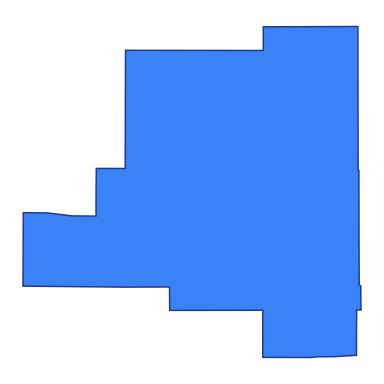 Lincoln, New Mexico, United States of America (Albers equal-area conic projection)
{"feature_id": "52423323B6872009723033", "entity_name": "Lincoln", "entity_type": "district", "adm_level": 2, "iso_a3": "USA", "parent_name": "United States of America", "parent_adm1": "New Mexico", "projection": "albers", "projection_center": [-105.442, 33.739], "detail": "fine", "context": "isolated", "style": "filled", "palette": "blue", "viewbox_px": 384, "rotation_deg": 0, "n_neighbors": 0, "source": "geoboundaries", "source_scale": "gbopen_adm2", "svg_char_len": 561}
<svg xmlns="http://www.w3.org/2000/svg" viewBox="0 0 384 384"><path d="M357.9,26.5L263.3,26.8L263.3,50.5L125.5,50.3L125.2,168.5L96.3,168.4L96.1,189.3L96.0,216.1L72.1,215.9L47.2,212.9L23.3,212.7L23.1,261.9L23.0,286.2L29.0,286.2L123.1,287.1L168.0,287.0L169.5,287.0L169.7,310.4L248.0,310.3L262.7,310.2L262.8,357.4L310.3,357.5L318.0,356.8L333.6,356.7L356.5,355.3L356.5,333.0L356.7,309.9L361.0,309.9L360.8,298.6L360.8,286.1L359.2,284.7L359.0,239.0L359.0,231.3L358.9,170.8L358.1,168.8L358.0,96.9L357.9,26.5Z" fill="#3b82f6" stroke="#1e3a8a" stroke-width="1.5"/></svg>